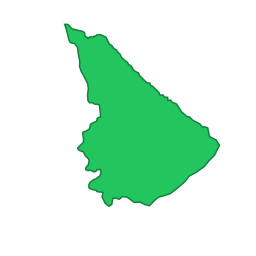 Kokoyah, Bong, Liberia, rotated 108°
{"feature_id": "62588387B51807838510700", "entity_name": "Kokoyah", "entity_type": "district", "adm_level": 2, "iso_a3": "LBR", "parent_name": "Liberia", "parent_adm1": "Bong", "projection": "mercator", "projection_center": [-9.579, 6.517], "detail": "fine", "context": "isolated", "style": "filled", "palette": "green", "viewbox_px": 256, "rotation_deg": 108, "n_neighbors": 0, "source": "geoboundaries", "source_scale": "gbopen_adm2", "svg_char_len": 2815}
<svg xmlns="http://www.w3.org/2000/svg" viewBox="0 0 256 256"><g transform="rotate(108 128 128)"><path d="M49.0,220.3L49.7,219.7L51.1,218.7L52.7,217.6L53.8,216.8L59.5,213.2L62.2,211.6L64.6,209.3L64.3,204.8L65.0,203.7L66.7,201.1L67.8,200.5L72.7,198.2L74.5,197.3L74.9,197.1L79.5,194.5L84.6,193.0L86.2,191.8L88.9,189.8L91.3,187.0L92.1,186.2L96.5,181.8L96.7,181.6L98.1,180.2L102.7,177.9L109.0,176.7L114.2,174.6L114.8,173.8L115.9,172.3L115.7,172.1L115.0,169.2L115.6,167.1L114.9,164.0L115.2,162.1L118.1,160.9L122.9,158.7L124.9,157.9L125.6,157.6L126.1,158.1L126.5,158.1L126.8,158.8L128.3,160.3L128.8,160.3L130.0,160.0L131.3,160.0L135.2,164.3L136.6,164.9L138.0,164.5L140.2,164.5L141.0,164.5L141.5,165.0L142.0,165.3L144.5,167.6L145.2,168.9L145.6,169.3L145.9,169.6L147.4,169.2L147.8,169.2L148.6,168.7L152.0,167.0L155.3,166.0L159.7,168.3L162.3,169.6L162.9,169.6L164.1,168.4L164.4,167.1L164.4,163.4L164.7,163.0L165.3,162.3L167.6,160.0L168.2,158.8L169.1,157.0L169.7,155.8L171.9,154.6L173.5,154.6L173.8,154.5L175.5,154.5L178.4,155.7L179.7,155.8L180.7,155.1L180.9,153.6L181.0,153.0L180.1,151.3L179.7,150.5L179.9,149.3L180.3,147.3L179.8,146.8L179.9,146.0L178.7,144.9L178.0,144.8L177.5,144.8L176.8,143.5L176.1,142.2L176.3,141.2L177.3,140.7L178.3,140.0L180.8,139.9L183.0,140.1L183.5,140.6L184.1,141.4L186.4,142.9L188.0,145.0L190.0,146.3L191.5,147.3L193.8,147.7L196.1,147.0L197.3,146.2L197.5,142.7L197.3,140.2L197.3,139.8L197.2,138.6L198.1,137.9L197.4,134.4L197.0,131.9L201.8,131.3L203.2,129.7L206.7,126.4L208.3,121.8L205.6,119.8L199.7,120.7L198.3,117.7L198.6,114.4L198.0,114.0L195.0,112.2L194.0,107.6L196.9,99.1L195.9,96.5L194.8,93.7L195.6,87.9L195.3,83.6L189.1,80.6L188.5,80.3L184.4,77.6L177.7,67.8L177.2,67.5L176.2,66.7L171.4,63.4L161.7,57.4L154.9,55.0L149.5,49.8L141.1,43.5L136.5,41.8L134.0,40.8L127.0,37.3L116.9,35.8L116.1,35.7L112.1,40.6L111.0,47.7L103.7,52.0L103.2,52.4L103.2,55.4L104.1,57.5L101.8,61.2L101.2,65.3L100.7,68.5L98.5,72.9L98.8,75.5L96.0,82.2L90.1,89.4L89.9,93.8L88.3,96.1L89.6,98.6L88.8,98.9L86.6,99.8L86.8,100.7L87.5,102.9L85.7,105.0L87.1,107.5L84.5,109.7L80.8,117.3L80.5,119.5L78.6,121.1L78.7,121.6L78.7,121.8L79.2,124.0L74.5,133.4L72.4,135.1L71.9,138.8L70.2,142.3L69.3,142.4L68.3,144.0L67.6,145.4L67.7,147.0L66.2,148.3L65.8,148.6L65.3,150.3L64.8,151.6L64.6,152.1L63.9,153.6L63.1,155.6L62.8,156.3L61.7,157.0L60.0,158.7L59.3,160.7L57.6,162.9L57.4,163.3L56.6,166.5L55.6,167.3L54.3,169.8L54.0,171.7L52.6,173.0L48.4,177.2L48.3,178.9L48.1,180.4L47.7,183.4L49.1,186.3L50.8,187.6L51.5,189.1L52.3,189.1L52.7,191.2L53.5,192.9L55.1,193.5L54.2,195.4L54.4,196.2L54.1,196.6L54.1,197.1L53.7,197.3L51.2,198.6L50.7,198.9L50.1,200.7L50.3,203.1L50.7,207.1L50.6,209.2L51.2,211.0L50.8,212.1L50.2,213.6L48.7,215.5L48.1,217.8L48.7,218.9L48.7,219.0L48.7,219.6L49.0,220.3Z" fill="#22c55e" stroke="#15803d" stroke-width="1.5"/></g></svg>